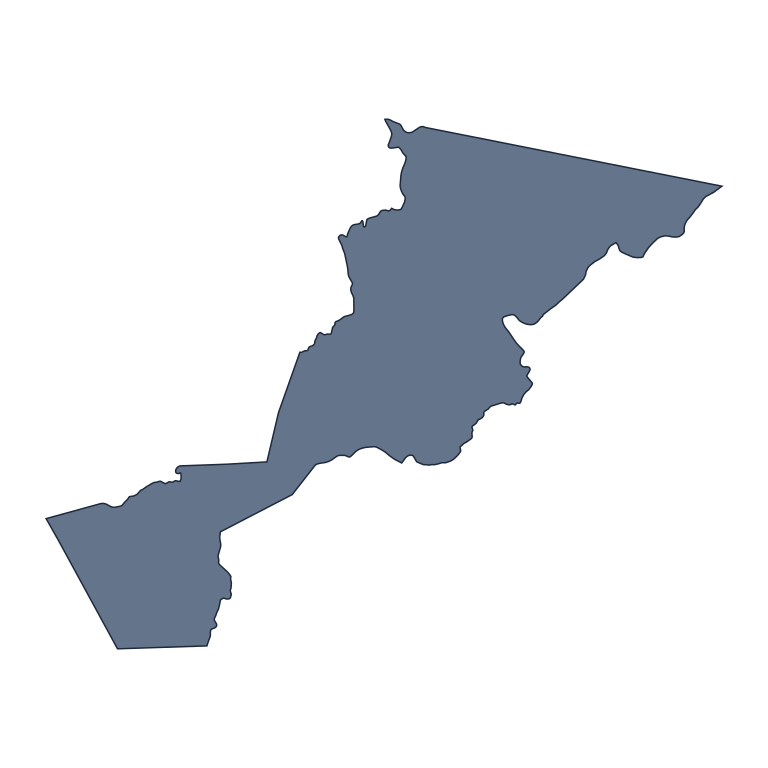 outline of Las Flores, Lempira, Honduras
{"feature_id": "27666195B81012713461680", "entity_name": "Las Flores", "entity_type": "district", "adm_level": 2, "iso_a3": "HND", "parent_name": "Honduras", "parent_adm1": "Lempira", "projection": "natural_earth1", "projection_center": [-88.667, 14.674], "detail": "fine", "context": "isolated", "style": "filled", "palette": "slate", "viewbox_px": 768, "rotation_deg": 0, "n_neighbors": 0, "source": "geoboundaries", "source_scale": "gbopen_adm2", "svg_char_len": 6118}
<svg xmlns="http://www.w3.org/2000/svg" viewBox="0 0 768 768"><path d="M391.7,208.3L390.4,210.0L389.1,210.8L388.0,210.9L386.0,210.1L385.2,210.1L382.9,210.3L381.0,210.9L380.4,211.5L378.5,214.6L377.3,215.7L376.5,216.1L369.2,218.2L367.5,219.0L367.0,219.5L366.4,221.7L365.8,225.5L365.4,226.3L364.8,226.8L364.0,226.9L363.6,226.5L362.9,221.7L362.6,221.0L362.2,220.7L361.5,221.2L360.5,222.8L359.4,223.6L358.2,224.0L354.4,224.6L352.5,225.3L351.2,226.5L349.9,228.7L347.8,233.4L347.1,236.3L346.7,236.8L345.4,236.5L342.7,235.0L341.4,234.9L340.6,235.0L339.8,235.6L338.6,237.0L338.4,237.9L338.8,239.3L341.6,244.9L342.1,246.1L342.6,248.3L344.6,253.3L347.2,265.5L347.9,269.8L348.1,273.6L348.5,275.5L349.1,277.2L352.5,283.1L352.2,284.9L351.3,286.5L351.0,287.3L350.7,289.4L351.3,292.2L352.9,295.5L353.8,298.2L353.9,309.7L353.8,311.6L353.6,312.6L352.9,313.6L351.6,314.5L348.1,315.6L344.2,316.6L339.3,320.2L335.6,321.8L334.9,323.1L334.8,324.6L334.7,325.1L332.6,327.4L331.4,332.9L331.1,333.7L330.8,334.0L329.6,334.3L327.9,334.0L324.3,334.8L323.5,334.5L320.6,332.6L319.9,332.7L319.0,333.2L317.9,334.3L317.1,335.6L316.4,338.1L315.4,339.9L314.8,341.4L314.7,343.5L313.8,344.7L312.1,346.0L310.4,346.3L309.4,346.9L308.5,348.0L308.1,349.8L307.2,350.6L306.5,350.8L305.4,350.7L304.4,350.9L301.4,352.4L299.9,352.2L278.5,412.6L266.9,461.9L226.9,464.2L179.8,465.9L177.8,467.0L176.8,468.0L175.8,469.7L175.6,471.1L175.7,471.9L175.9,472.5L176.4,473.0L176.9,473.3L178.3,473.6L179.6,473.3L180.2,472.9L180.6,473.1L181.0,474.3L181.0,475.9L181.2,477.0L180.9,479.4L180.8,479.9L180.3,480.6L180.2,481.3L178.1,481.3L176.4,480.8L175.6,480.7L174.3,481.1L173.3,481.9L172.6,482.1L171.6,482.1L169.5,481.8L168.7,481.9L166.8,483.1L165.4,483.6L164.4,483.3L160.9,481.4L160.3,481.2L159.0,481.4L157.3,482.0L154.1,482.5L153.1,482.9L151.1,483.9L149.0,485.3L146.5,486.7L142.6,489.5L140.6,490.3L137.4,494.0L136.5,494.7L133.3,496.1L130.6,496.4L129.2,496.9L128.7,497.5L128.2,498.6L124.3,502.6L122.5,504.9L121.0,506.0L116.8,506.9L114.2,507.3L112.9,507.2L111.0,506.7L106.6,504.3L105.0,503.7L102.8,503.4L101.1,503.5L46.1,518.6L58.5,540.5L117.5,648.8L206.9,645.9L208.2,641.9L210.2,636.5L210.4,635.1L210.3,632.6L210.8,629.8L211.5,629.2L214.9,627.8L216.1,626.8L216.6,625.8L216.7,624.9L216.5,623.9L214.6,620.7L214.3,619.9L214.2,619.3L214.6,617.9L215.7,615.8L216.8,612.4L218.5,609.0L219.6,604.6L220.4,600.1L221.7,599.1L223.3,598.1L224.1,598.2L226.2,599.0L227.6,599.0L229.5,598.7L229.9,598.4L230.4,597.6L231.2,595.1L231.2,593.8L230.2,590.9L231.1,587.5L231.4,583.0L230.6,579.0L230.6,577.9L230.9,576.9L230.8,576.3L229.8,574.7L227.3,571.8L219.8,564.9L218.9,563.7L218.6,562.6L218.5,562.1L218.8,561.2L218.8,560.5L218.6,558.8L218.1,557.0L218.1,555.5L220.4,547.5L220.8,545.4L220.6,543.3L219.9,539.4L219.7,537.3L220.4,531.8L292.2,494.6L314.4,466.2L315.5,465.0L316.4,464.3L319.7,463.3L325.4,462.5L328.5,461.5L331.4,460.1L337.1,456.1L338.6,455.5L339.8,455.4L345.0,455.4L348.5,456.9L349.8,457.0L351.4,455.8L355.6,451.6L357.7,450.1L359.4,449.2L361.8,448.3L365.5,447.4L373.5,446.7L375.3,446.8L376.7,447.2L382.3,450.2L385.2,452.1L389.5,455.7L394.4,459.2L401.7,463.0L405.3,458.1L406.4,456.9L408.2,455.7L410.5,455.1L412.1,455.3L413.4,456.1L416.6,461.7L420.7,463.6L423.7,464.7L426.1,464.7L429.0,465.1L432.0,464.6L434.5,464.7L438.5,463.8L441.8,462.7L445.5,462.8L449.7,461.4L451.8,460.4L453.4,459.4L455.8,457.2L457.5,455.5L459.1,453.6L460.6,451.3L460.7,450.5L460.1,447.8L460.2,447.0L460.4,446.6L464.0,443.4L466.5,442.1L471.3,438.6L471.8,438.0L472.1,437.3L472.2,436.5L472.0,434.5L471.9,432.7L472.9,430.1L472.1,427.6L472.0,427.0L472.1,426.5L472.7,425.8L474.3,424.8L476.1,423.3L477.6,421.0L478.4,419.4L479.6,419.2L481.0,418.5L482.0,417.8L483.0,416.7L483.8,415.3L483.9,414.0L483.7,412.6L484.4,411.5L486.2,410.2L488.2,409.1L489.4,407.6L490.7,406.3L500.8,403.1L502.4,402.8L503.7,402.9L506.7,404.3L508.7,404.8L510.8,404.6L511.7,403.9L512.0,403.8L515.2,404.9L516.9,403.2L518.0,403.0L519.3,403.3L519.8,403.2L520.2,402.8L520.8,401.7L521.9,398.1L523.7,394.7L525.9,392.0L528.7,389.7L531.3,386.3L532.2,384.5L532.4,383.6L532.2,382.9L527.8,377.7L526.8,376.1L527.3,374.7L529.2,371.6L529.9,370.0L530.1,369.1L529.8,368.2L529.0,367.4L527.9,366.9L526.3,366.7L524.2,367.0L522.9,366.6L522.0,366.1L521.2,365.3L520.6,364.4L520.2,363.4L520.1,362.6L520.2,360.8L520.7,358.0L521.1,357.1L522.6,355.1L523.9,352.9L524.2,352.1L524.1,351.4L522.9,349.8L518.0,344.9L516.7,343.4L514.8,340.9L509.0,332.2L505.1,327.3L503.4,324.2L502.6,321.6L502.4,320.2L502.4,319.0L502.7,318.2L503.2,317.4L504.7,316.5L508.1,315.5L511.4,314.7L513.3,314.7L514.4,315.1L515.6,316.1L517.1,317.7L518.9,320.0L519.9,320.9L522.2,322.4L524.7,323.5L527.2,324.3L530.6,324.7L533.3,324.4L535.1,323.6L537.6,321.7L541.4,316.9L541.9,316.8L542.4,316.4L542.8,315.7L543.0,314.8L550.7,308.7L555.8,305.2L559.1,302.0L562.8,298.9L583.5,279.2L585.6,274.8L586.1,271.4L588.0,267.5L589.8,265.5L594.5,261.8L600.2,258.6L604.3,255.7L606.4,253.1L607.9,249.3L610.1,246.2L615.9,242.6L617.6,244.6L618.4,246.2L619.1,248.9L619.9,250.7L621.6,252.1L625.2,253.8L632.9,257.1L636.9,257.6L641.0,257.5L642.9,256.9L644.5,253.5L648.8,247.3L652.2,243.6L657.4,238.6L660.2,237.0L665.1,235.8L668.5,236.1L672.2,236.9L676.0,237.1L679.0,236.6L681.1,235.3L683.5,233.3L684.3,231.4L684.2,228.1L684.7,224.9L686.2,221.7L687.3,219.9L689.5,217.6L693.3,212.7L695.4,209.6L698.3,206.8L700.8,203.1L703.4,198.9L705.7,196.6L713.8,192.2L721.9,186.2L425.0,127.4L423.5,126.6L421.7,126.6L419.8,127.1L412.0,132.3L409.6,132.7L407.5,132.7L405.7,131.9L404.1,130.7L403.0,129.2L400.9,125.3L399.7,124.1L393.0,121.5L389.8,119.7L387.7,119.2L385.3,119.3L384.9,119.3L385.6,121.2L390.2,129.4L391.3,131.8L391.7,133.3L391.7,134.9L391.4,136.3L389.3,142.3L388.3,144.7L388.2,145.6L388.5,146.7L389.0,147.4L389.6,147.9L391.0,148.1L393.0,148.0L398.0,147.2L398.8,147.3L400.0,148.5L401.4,150.3L402.8,152.9L405.6,156.1L406.0,156.8L406.2,157.5L405.9,159.7L405.0,163.0L402.8,168.0L401.4,172.7L400.9,175.6L400.1,185.5L400.4,188.0L401.4,191.0L403.2,194.6L404.8,196.4L405.1,197.3L405.2,198.1L405.1,199.2L404.5,202.1L402.1,207.5L401.2,208.9L400.5,209.5L398.3,210.0L396.2,210.0L393.7,209.4L391.7,208.3Z" fill="#64748b" stroke="#1e293b" stroke-width="1.5"/></svg>